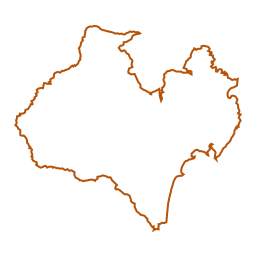 São Lourenço do Sul, Rio Grande do Sul, Brazil
{"feature_id": "56859067B86962262775213", "entity_name": "São Lourenço do Sul", "entity_type": "district", "adm_level": 2, "iso_a3": "BRA", "parent_name": "Brazil", "parent_adm1": "Rio Grande do Sul", "projection": "orthographic", "projection_center": [-52.096, -31.253], "detail": "fine", "context": "isolated", "style": "outline", "palette": "amber", "viewbox_px": 256, "rotation_deg": 0, "n_neighbors": 0, "source": "geoboundaries", "source_scale": "gbopen_adm2", "svg_char_len": 5622}
<svg xmlns="http://www.w3.org/2000/svg" viewBox="0 0 256 256"><path d="M237.8,79.0L236.0,79.7L234.6,79.2L233.0,79.9L231.7,79.8L230.2,78.5L228.1,78.0L227.1,73.8L226.2,73.3L225.6,74.9L224.5,74.9L225.5,72.4L224.5,71.7L222.8,73.3L221.5,72.9L222.0,70.9L221.7,69.8L220.7,69.2L218.6,69.5L217.5,71.6L216.1,71.5L215.8,70.4L216.3,68.7L215.7,67.0L212.5,68.0L211.0,66.4L212.2,65.3L213.1,64.2L211.5,62.7L211.7,61.4L213.1,61.9L214.8,59.5L213.1,57.8L212.9,55.5L211.3,55.4L209.7,55.0L210.0,53.8L211.6,53.3L211.3,52.0L209.8,51.9L208.1,51.0L209.3,49.9L209.7,48.8L209.0,47.8L208.1,46.8L206.8,46.5L204.3,45.9L202.8,45.8L201.4,46.4L201.4,48.2L200.1,48.9L198.0,48.8L196.3,49.9L195.5,48.9L194.2,48.4L193.9,49.7L192.9,50.4L191.5,53.0L190.8,55.3L190.7,57.3L188.6,58.8L187.6,60.3L186.3,61.0L185.6,63.2L183.6,68.0L186.5,68.9L187.2,71.0L189.7,70.8L191.4,71.6L191.5,74.4L189.5,73.2L187.7,72.5L185.8,72.7L182.9,72.7L181.0,71.6L176.1,71.5L173.5,70.1L170.5,70.2L169.7,70.9L167.6,71.2L166.7,71.6L165.8,73.1L164.0,74.4L164.5,77.4L163.4,79.3L163.9,81.4L164.6,82.3L164.6,84.5L163.8,86.5L162.1,87.7L162.3,89.1L161.5,90.4L163.2,92.2L161.2,93.0L161.0,94.8L161.3,96.4L162.1,98.4L161.1,100.7L159.8,96.0L159.3,88.9L156.9,90.3L154.5,91.5L153.4,91.7L151.2,93.0L151.2,94.3L150.1,94.0L149.9,92.7L147.9,92.1L145.9,90.7L143.4,89.7L140.4,87.6L140.6,85.4L139.5,83.4L138.4,82.3L134.6,74.0L131.0,74.4L129.5,73.3L128.5,73.0L128.3,71.3L129.2,68.4L132.5,67.0L131.6,64.9L131.8,63.2L132.5,61.0L131.8,59.6L130.3,58.5L128.6,54.3L126.6,53.3L125.1,50.8L123.8,50.3L122.7,51.1L121.5,51.3L119.9,49.6L118.8,47.8L120.3,45.9L122.6,45.3L123.5,44.7L123.8,42.2L126.1,42.1L128.3,40.9L131.5,39.0L132.3,36.3L133.8,35.0L137.4,33.9L139.0,33.8L140.0,33.4L139.0,32.6L137.5,32.1L135.6,32.3L133.4,31.5L131.7,32.0L130.0,31.4L128.8,32.4L126.3,33.2L125.2,34.2L123.7,34.5L121.6,33.6L119.5,34.0L117.6,33.3L116.4,33.5L114.6,33.4L113.4,32.7L112.3,32.4L111.0,31.9L109.4,31.9L108.5,31.2L107.3,31.3L104.7,30.4L102.2,30.0L101.1,29.2L100.0,28.6L99.1,27.3L97.0,26.3L94.1,25.9L92.8,26.5L89.9,26.5L88.2,27.2L86.4,28.5L86.2,29.8L85.2,30.7L85.3,32.2L85.0,33.5L84.6,36.8L82.7,37.4L82.4,39.0L83.0,40.2L81.3,42.2L80.5,45.6L80.0,46.7L78.8,48.3L79.5,49.6L79.6,51.9L80.5,54.4L80.6,56.6L80.1,58.0L80.3,59.7L79.0,60.7L78.1,63.5L75.5,65.9L74.5,65.2L73.4,66.5L72.4,65.6L71.2,66.5L69.7,68.0L68.8,68.9L64.8,70.3L63.9,70.9L62.0,70.9L60.3,72.6L57.8,71.9L55.7,72.7L54.2,73.7L53.7,77.5L51.2,78.8L50.3,79.7L50.6,81.2L49.2,82.0L50.3,82.7L50.7,83.8L47.4,83.9L46.5,83.5L45.6,83.3L44.1,83.1L43.5,85.1L43.2,87.3L42.8,88.3L41.8,87.9L39.7,88.2L38.0,88.8L36.7,90.0L37.7,92.1L35.8,93.8L36.6,94.7L36.5,95.8L34.5,97.3L34.8,98.5L33.5,100.1L31.4,101.1L32.4,102.8L32.4,104.3L30.7,104.2L30.5,105.3L28.9,107.6L28.0,109.1L25.4,109.9L25.0,112.4L23.6,113.4L21.0,113.7L20.5,114.9L19.8,114.0L18.9,116.0L17.0,116.4L17.0,118.0L16.1,120.5L16.6,121.8L16.5,123.7L15.4,125.1L17.9,127.4L18.2,128.7L19.5,129.5L20.3,130.1L20.3,131.4L20.2,133.5L20.4,135.2L22.3,135.8L23.8,135.5L25.1,137.0L25.9,137.7L26.8,139.5L27.0,141.4L27.2,142.9L28.1,143.6L28.7,145.1L29.2,146.1L30.1,146.9L29.4,148.1L31.1,148.4L32.0,149.9L31.4,150.9L31.4,152.6L32.1,153.8L32.3,155.3L31.4,156.4L32.6,157.3L32.1,158.9L32.9,160.3L34.0,161.1L35.0,161.6L36.6,162.3L37.0,163.9L36.1,164.9L40.4,167.6L42.7,167.1L44.2,166.0L45.8,166.0L47.2,167.6L49.1,166.7L52.0,166.7L52.9,167.7L53.9,167.2L55.3,167.6L57.0,168.2L58.9,168.2L59.9,168.7L62.5,168.4L63.6,169.1L64.6,169.9L66.3,169.7L67.4,169.2L69.6,170.8L71.5,170.3L74.6,172.3L74.3,174.8L75.6,177.6L78.6,179.1L79.6,180.3L81.4,180.4L83.5,181.2L85.2,180.6L87.8,180.4L89.3,179.8L92.6,179.6L95.1,180.8L95.6,179.8L97.5,178.8L97.4,176.8L100.2,176.4L102.7,175.4L105.7,176.1L108.3,177.5L109.7,177.2L110.6,177.5L112.2,180.5L115.5,183.6L117.0,185.0L115.9,186.1L115.2,188.4L116.2,189.4L117.3,189.1L118.4,189.4L120.5,190.8L124.3,194.1L125.4,194.4L126.6,194.1L129.5,195.6L130.2,197.5L130.9,199.6L130.9,200.9L132.3,202.6L133.8,203.1L134.7,203.6L134.7,205.5L134.8,207.4L135.6,208.9L136.6,211.2L139.1,213.3L141.0,215.0L142.9,215.2L144.9,216.1L146.2,217.9L147.4,218.7L147.4,220.4L148.0,221.5L149.0,222.4L150.3,223.8L150.7,225.0L151.8,226.2L152.4,227.2L153.5,226.6L153.3,227.7L154.4,228.6L153.8,230.1L155.9,229.0L158.6,229.3L158.3,227.5L158.7,226.1L158.5,224.2L159.9,224.0L162.2,222.7L164.0,223.1L166.4,222.2L166.6,219.2L168.1,203.9L169.1,198.9L170.3,193.5L170.8,192.3L171.3,189.0L172.1,187.1L173.5,181.8L175.0,178.6L175.6,177.7L177.1,176.4L178.9,176.0L180.1,175.8L182.0,175.7L183.6,174.4L182.1,173.4L181.4,172.3L181.2,171.1L181.2,169.8L181.7,167.9L182.1,166.6L182.9,165.3L184.4,162.5L185.9,160.9L187.3,160.8L189.1,159.4L191.1,159.3L194.3,158.1L194.8,156.6L192.6,157.0L191.7,156.5L191.6,153.6L193.7,151.7L195.4,150.1L197.5,149.8L199.7,151.3L200.9,151.1L204.3,152.0L206.5,153.6L206.8,154.6L208.2,155.3L207.3,152.0L209.8,149.5L209.9,147.9L209.4,146.8L209.5,145.5L211.1,143.8L212.4,144.4L211.4,145.0L210.7,145.9L211.5,147.2L212.5,149.0L214.6,150.7L215.6,152.4L215.2,154.2L215.0,156.3L214.6,158.0L216.2,159.6L215.7,157.7L217.8,156.6L219.9,154.9L220.4,153.4L221.3,152.1L223.4,148.2L225.5,146.8L226.7,144.5L228.4,143.0L230.5,140.5L231.5,137.7L232.6,136.5L234.3,133.3L234.5,130.9L234.9,129.5L236.6,128.5L237.6,127.3L236.4,127.1L237.6,125.8L238.6,126.4L238.5,124.9L239.7,121.8L240.6,120.8L239.7,118.8L238.8,117.9L239.2,116.2L240.6,114.5L238.7,114.0L238.0,113.1L239.2,112.0L239.4,110.7L238.3,108.5L237.9,104.6L236.2,102.9L237.5,99.6L236.0,97.2L234.9,96.2L233.5,95.8L232.2,95.7L231.1,96.3L230.8,97.5L230.0,98.1L228.4,97.7L227.5,95.3L227.7,92.6L229.1,90.1L230.1,89.0L231.4,88.0L233.9,87.3L237.0,85.5L237.1,84.4L237.5,80.4L237.8,79.0Z" fill="none" stroke="#b45309" stroke-width="2"/></svg>